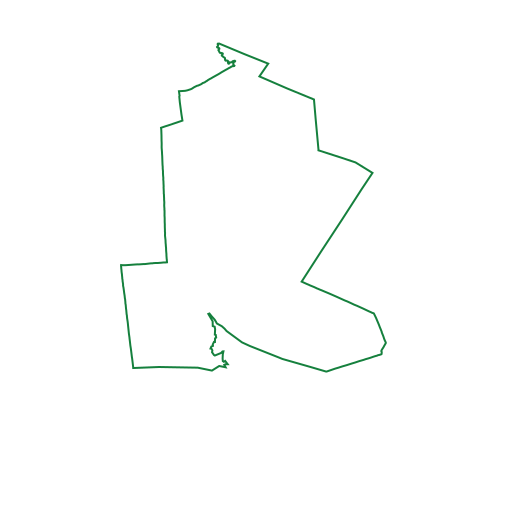 Dracsenei, Teleorman, Romania (Robinson projection), rotated 216°
{"feature_id": "2599482B60737111178091", "entity_name": "Dracsenei", "entity_type": "district", "adm_level": 2, "iso_a3": "ROU", "parent_name": "Romania", "parent_adm1": "Teleorman", "projection": "robinson", "projection_center": [25.005, 44.217], "detail": "fine", "context": "isolated", "style": "outline", "palette": "green", "viewbox_px": 512, "rotation_deg": 216, "n_neighbors": 0, "source": "geoboundaries", "source_scale": "gbopen_adm2", "svg_char_len": 6003}
<svg xmlns="http://www.w3.org/2000/svg" viewBox="0 0 512 512"><g transform="rotate(216 256 256)"><path d="M96.8,250.5L97.2,251.2L97.5,251.7L97.7,252.0L97.9,252.3L98.5,252.5L98.7,252.8L98.9,253.1L99.0,253.7L99.1,254.5L99.2,256.3L99.3,257.6L99.5,258.8L99.6,260.0L99.7,260.6L99.7,261.1L99.8,261.7L99.9,262.0L100.1,262.2L100.4,262.4L101.0,262.8L101.6,263.1L102.0,263.3L103.9,264.5L105.1,265.4L106.4,266.3L107.9,267.2L108.5,267.6L109.2,268.0L109.8,268.6L110.6,269.1L112.0,270.0L114.0,271.2L115.2,272.0L116.1,272.6L118.9,274.3L120.1,275.0L122.2,276.3L124.6,277.6L126.9,278.8L127.5,278.7L128.6,278.3L129.9,278.1L131.7,277.7L134.3,277.2L135.9,276.9L138.6,276.4L144.9,275.1L148.1,274.3L151.4,273.7L155.4,272.9L158.1,272.2L166.4,270.5L172.4,269.2L175.1,268.6L178.9,267.7L182.8,266.8L184.7,266.3L186.6,265.9L187.6,265.6L188.9,265.4L189.8,265.2L190.4,265.1L192.5,264.6L194.9,264.0L196.5,263.7L198.6,263.2L204.0,262.1L206.0,298.0L207.8,336.1L209.8,372.0L210.6,391.7L230.5,390.2L244.1,385.9L267.6,378.2L268.0,378.8L288.0,401.6L301.1,416.7L329.5,409.8L358.8,403.3L359.2,418.8L384.5,412.4L410.7,406.2L410.9,406.0L411.2,405.7L411.6,405.5L411.7,405.2L411.6,404.9L411.4,404.7L410.9,404.5L410.5,404.2L410.3,404.0L410.2,403.6L410.3,403.1L410.4,402.5L410.4,402.2L410.1,402.0L409.8,402.0L409.5,402.0L408.8,402.3L408.1,402.5L407.7,402.4L407.4,402.1L407.4,401.8L407.5,401.4L407.5,400.8L407.5,400.6L407.4,400.4L407.2,400.3L406.4,400.1L406.2,399.9L405.7,399.6L405.3,399.4L404.7,399.2L404.2,399.3L403.6,399.8L403.3,399.9L402.3,400.3L402.0,400.3L401.8,400.2L401.7,400.1L401.6,399.6L401.7,398.8L401.8,398.4L401.6,398.2L401.4,398.0L401.0,398.0L400.1,398.0L399.9,398.0L399.5,397.8L399.3,397.8L398.1,398.0L397.8,398.0L397.6,397.9L397.4,397.8L397.2,397.6L397.0,397.4L396.9,397.1L396.6,396.8L396.0,396.3L395.7,396.2L395.4,396.2L395.2,396.3L395.1,396.5L394.8,396.9L394.4,397.1L394.0,397.2L393.7,397.3L393.4,397.2L393.2,397.2L393.0,396.8L393.0,396.6L391.9,395.6L391.6,395.5L391.3,395.4L391.1,395.5L390.9,395.7L390.9,395.9L391.1,396.1L391.4,396.5L391.5,396.8L391.4,397.1L391.2,397.3L390.4,397.5L390.2,397.7L390.0,398.0L389.6,398.5L389.5,398.9L389.4,399.1L389.4,399.4L389.4,399.6L389.3,399.9L388.9,400.4L388.4,401.1L388.1,401.4L387.9,401.5L387.6,401.4L387.4,401.4L387.3,401.2L387.4,400.8L387.8,400.4L388.0,400.1L388.1,399.8L388.0,399.5L387.9,399.3L387.7,399.1L387.6,398.9L387.5,398.2L387.3,397.9L387.0,397.7L386.6,397.5L386.2,397.4L385.9,397.4L385.5,397.2L385.3,397.2L385.3,396.9L385.5,396.7L385.6,396.8L385.8,396.7L386.0,396.4L386.4,396.2L386.4,395.9L386.5,395.8L386.7,395.6L387.3,394.5L387.4,394.4L387.4,394.1L387.5,393.9L388.0,392.8L388.4,392.1L389.2,390.2L389.8,389.0L390.6,387.2L391.6,385.0L392.0,384.1L392.4,383.0L393.3,380.9L394.1,379.2L396.0,375.1L396.9,373.0L397.4,372.1L397.9,370.9L398.4,369.7L398.5,369.1L398.9,368.3L399.2,367.5L399.4,366.9L399.6,366.3L399.8,366.0L400.2,365.4L400.6,364.8L400.8,364.6L401.2,363.1L401.4,362.7L401.9,361.8L402.4,360.9L403.0,359.9L403.8,359.0L405.3,356.1L406.2,353.7L406.8,352.6L408.9,349.7L410.4,348.0L415.2,344.0L412.0,340.7L411.8,339.9L408.0,335.6L403.8,331.2L399.6,326.8L395.1,322.3L396.0,321.0L404.1,309.6L405.6,307.6L408.2,303.9L406.7,302.3L403.5,298.2L401.7,295.8L399.9,293.4L399.4,292.8L398.7,291.9L397.6,290.4L396.4,288.7L395.7,287.8L393.3,285.0L391.7,283.0L390.6,281.7L389.2,279.9L387.8,278.1L385.2,274.8L384.5,274.0L383.8,273.2L383.1,272.2L381.8,270.7L381.0,269.8L380.3,268.8L379.2,267.4L378.3,266.3L377.4,265.3L376.8,264.6L376.0,263.4L374.6,261.8L373.7,260.6L371.6,258.0L371.2,257.3L370.7,256.7L368.4,253.8L367.3,252.3L366.5,251.5L365.6,250.3L364.3,248.7L363.5,247.6L362.3,246.2L361.5,245.2L360.5,243.7L359.8,242.7L357.6,240.1L357.2,239.4L356.7,239.0L354.6,236.1L353.6,234.7L352.9,233.9L351.8,232.5L350.2,230.3L349.9,229.9L348.3,227.9L347.8,227.2L347.0,226.1L345.9,224.7L345.1,223.7L344.1,222.3L343.2,221.3L341.6,219.0L338.5,215.6L337.8,214.7L337.1,213.8L336.6,213.2L335.7,212.2L335.1,211.5L335.0,211.3L333.8,210.0L333.0,209.0L332.4,208.2L331.6,207.2L329.6,204.9L328.7,203.7L327.6,202.4L326.5,201.1L325.8,200.4L325.2,199.6L324.6,199.0L324.3,198.6L325.3,197.7L326.8,196.6L327.9,195.6L329.0,194.6L330.1,193.7L330.6,193.2L332.6,191.7L334.4,190.3L335.7,189.0L336.8,188.2L338.0,187.1L341.1,184.2L342.2,183.4L345.3,180.8L345.8,180.4L346.8,179.7L348.4,178.4L350.3,176.8L351.7,175.6L353.0,174.5L354.1,173.6L355.5,172.4L356.8,171.4L357.8,170.7L358.5,170.2L359.0,169.8L359.8,169.4L359.4,168.7L358.3,167.5L357.5,166.5L356.7,165.7L355.8,164.6L354.8,163.5L353.7,162.4L352.6,161.1L351.6,160.0L350.8,159.0L350.0,158.3L349.1,157.2L347.0,155.1L346.3,154.1L345.5,153.3L344.7,152.6L342.0,149.8L340.9,148.6L339.7,147.4L339.0,146.7L337.2,144.7L336.4,144.0L335.9,143.4L335.0,142.4L333.6,140.7L332.7,139.9L331.5,138.5L330.1,136.9L329.2,136.0L326.4,132.8L325.6,132.1L325.1,131.5L324.6,130.9L324.1,130.4L323.9,130.1L321.4,127.6L320.1,126.2L318.6,124.5L313.2,118.5L310.4,115.6L309.7,114.8L308.2,113.2L305.0,109.7L303.0,107.7L301.1,105.7L297.1,101.4L295.7,100.0L293.0,97.1L290.7,94.6L290.1,93.9L289.5,93.2L269.2,109.2L237.5,131.4L224.3,137.4L221.1,145.4L215.2,148.1L217.7,149.3L217.1,150.4L215.3,151.8L219.3,153.0L219.8,151.5L221.1,151.5L222.8,153.5L225.1,157.0L226.3,159.7L227.0,159.1L227.2,157.1L230.8,151.3L231.8,151.2L235.0,152.3L235.8,154.0L237.5,154.8L238.4,154.4L238.9,156.5L238.0,158.0L239.0,159.0L239.5,161.8L238.7,162.3L240.7,165.3L240.3,166.6L242.2,168.5L243.1,168.2L246.0,172.7L247.9,174.5L249.8,173.9L252.7,177.7L260.5,181.1L259.9,182.1L256.6,181.2L252.0,180.2L249.6,179.2L248.0,178.4L242.4,179.1L239.4,178.8L238.6,178.7L235.7,178.0L216.5,177.9L208.0,179.6L177.9,187.3L174.2,188.2L146.8,198.2L131.4,203.7L130.9,204.1L130.2,205.1L128.5,207.5L125.7,211.5L123.6,214.2L122.6,215.6L121.2,217.5L118.4,221.1L116.5,223.7L115.1,225.6L113.2,228.1L110.7,231.6L107.9,235.2L106.5,237.2L105.3,238.7L104.0,240.4L102.8,242.1L101.7,243.7L100.9,244.8L100.1,245.8L99.6,246.4L99.3,246.9L99.1,247.3L98.8,247.7L98.2,248.3L97.7,249.0L97.2,249.6L96.9,250.1L96.8,250.5Z" fill="none" stroke="#15803d" stroke-width="2"/></g></svg>